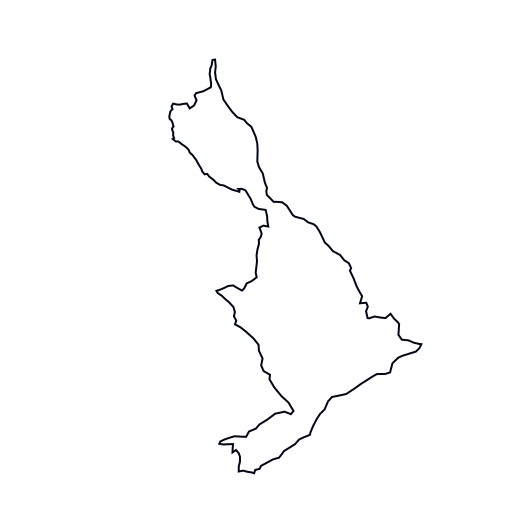 outline of Kathikas, Paphos, Cyprus, rotated 65°
{"feature_id": "46923920B37221466711633", "entity_name": "Kathikas", "entity_type": "district", "adm_level": 2, "iso_a3": "CYP", "parent_name": "Cyprus", "parent_adm1": "Paphos", "projection": "robinson", "projection_center": [32.401, 34.906], "detail": "fine", "context": "isolated", "style": "outline", "palette": "ink", "viewbox_px": 512, "rotation_deg": 65, "n_neighbors": 0, "source": "geoboundaries", "source_scale": "gbopen_adm2", "svg_char_len": 3201}
<svg xmlns="http://www.w3.org/2000/svg" viewBox="0 0 512 512"><g transform="rotate(65 256 256)"><path d="M309.1,303.9L314.2,300.1L320.7,296.9L329.7,293.1L337.5,291.2L343.1,293.4L351.7,293.4L357.4,297.6L363.6,297.7L369.5,293.5L373.5,295.9L383.1,294.9L393.9,292.1L402.5,288.5L412.3,287.5L414.1,291.2L409.2,295.9L407.0,305.3L409.0,314.5L410.1,324.0L412.4,329.1L412.1,336.5L415.7,341.4L413.4,345.9L410.3,351.6L409.5,357.1L409.2,360.1L409.0,361.5L409.0,366.7L410.7,368.6L413.1,365.1L414.8,360.8L416.8,356.3L421.7,359.1L424.1,360.3L423.4,356.1L427.5,355.0L431.0,355.3L435.4,357.3L439.5,360.6L444.0,362.7L445.1,358.4L448.2,354.6L450.3,351.4L452.1,349.5L451.0,348.5L449.6,347.1L450.4,342.6L448.3,340.2L447.9,332.5L447.5,326.8L448.5,320.3L446.5,316.4L444.6,313.1L444.2,309.6L443.0,300.1L440.5,294.4L440.5,289.1L440.9,282.6L439.5,281.8L434.8,276.8L430.0,270.7L426.3,264.9L424.0,258.6L418.2,252.2L415.9,246.7L417.9,238.4L419.2,232.5L417.7,222.4L416.4,215.6L414.5,201.5L414.1,196.4L417.5,188.7L418.2,183.7L410.9,177.7L408.3,170.1L408.3,165.4L410.2,151.4L408.6,146.9L405.8,143.4L404.5,145.5L401.4,149.5L396.8,153.6L393.4,159.3L387.6,160.2L378.3,155.1L375.8,155.5L371.3,157.3L365.2,158.5L367.0,164.9L364.7,168.7L360.9,174.2L360.3,179.8L359.4,181.1L352.6,179.6L349.2,176.1L345.0,175.8L342.8,181.7L337.3,176.8L331.3,177.4L325.7,177.6L317.2,177.0L309.0,177.1L307.2,174.9L301.7,174.9L297.0,177.9L290.7,179.3L284.2,184.2L277.4,186.0L273.0,187.9L261.3,188.0L254.7,188.8L251.5,190.3L247.6,194.5L242.6,197.1L240.0,200.3L236.6,204.3L233.9,205.5L229.3,206.0L223.3,206.9L218.4,209.6L216.2,213.3L214.3,217.2L210.0,218.6L205.2,220.4L201.5,219.2L198.9,217.2L193.6,217.0L184.0,215.0L176.7,215.7L171.0,214.9L160.8,209.8L154.6,207.3L148.0,205.9L137.1,205.6L131.5,208.2L127.6,209.1L122.2,214.4L115.5,216.6L107.6,218.2L100.3,219.4L91.4,217.5L86.5,217.6L78.8,217.6L72.3,215.5L67.2,212.4L60.7,210.1L59.9,212.5L62.2,214.2L63.8,215.1L65.5,216.7L66.8,218.3L68.4,219.1L71.5,221.1L75.4,222.1L78.4,223.1L80.5,223.7L84.0,225.6L84.4,234.3L83.1,241.5L84.7,243.9L89.7,244.1L90.8,245.3L93.4,248.5L94.2,253.7L88.6,254.2L87.3,258.0L86.6,261.2L85.1,263.9L82.9,266.7L84.7,269.3L87.7,269.6L88.3,271.6L89.0,272.7L92.9,275.6L95.2,276.3L97.5,275.3L100.4,275.4L103.7,276.0L105.0,278.3L106.9,278.7L109.2,278.8L111.8,280.2L114.5,280.4L114.7,282.0L116.0,281.4L118.4,280.2L119.3,278.1L120.9,277.2L123.4,276.0L125.9,274.4L129.0,272.9L131.2,272.2L134.4,272.3L137.5,270.9L140.5,270.3L143.8,269.6L146.4,269.5L150.1,269.2L153.8,268.7L156.7,269.0L160.2,268.1L161.0,265.5L164.4,264.8L168.9,262.4L172.9,261.0L176.6,258.3L178.4,255.4L182.7,252.1L185.8,249.6L188.4,246.6L190.8,244.0L189.6,243.2L187.8,243.7L189.1,240.6L192.0,237.8L197.2,237.2L202.0,236.7L207.9,237.0L210.7,236.6L214.4,233.8L218.3,227.8L224.6,229.1L229.6,231.1L234.5,232.4L231.6,236.5L231.7,240.9L234.9,241.1L238.2,241.5L240.8,243.7L242.5,246.6L246.3,248.2L250.4,251.7L255.6,255.2L261.2,257.3L270.9,263.3L275.6,264.4L276.9,270.5L276.9,276.1L280.4,280.4L281.4,283.3L277.0,286.5L273.0,289.2L271.4,293.9L271.5,297.8L271.4,302.0L270.9,306.6L273.5,306.3L277.8,303.7L282.3,302.0L286.2,300.1L292.7,298.0L297.8,298.8L301.4,301.5L306.1,301.2L309.1,303.9Z" fill="none" stroke="#020617" stroke-width="2"/></g></svg>